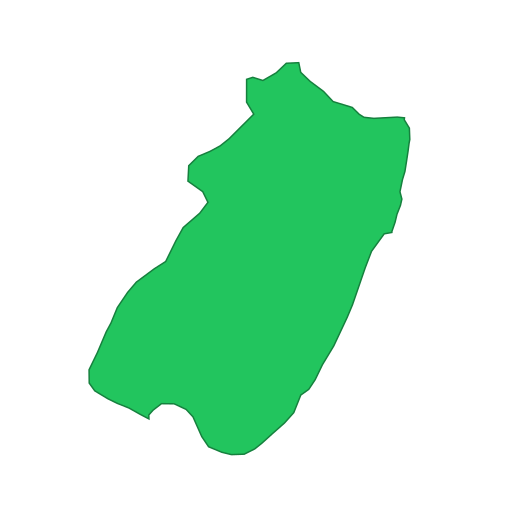 outline of Goychay District, Göyçay, Azerbaijan, rotated 109°
{"feature_id": "54616110B88730523237575", "entity_name": "Goychay District", "entity_type": "district", "adm_level": 2, "iso_a3": "AZE", "parent_name": "Azerbaijan", "parent_adm1": "Göyçay", "projection": "mercator", "projection_center": [47.853, 40.574], "detail": "fine", "context": "isolated", "style": "filled", "palette": "green", "viewbox_px": 512, "rotation_deg": 109, "n_neighbors": 0, "source": "geoboundaries", "source_scale": "gbopen_adm2", "svg_char_len": 1230}
<svg xmlns="http://www.w3.org/2000/svg" viewBox="0 0 512 512"><g transform="rotate(109 256 256)"><path d="M77.0,160.6L78.7,167.7L87.5,189.4L89.7,199.1L88.4,204.6L84.2,213.3L84.9,233.4L78.4,245.7L73.3,261.6L67.8,273.5L59.3,278.5L63.9,290.1L76.2,296.5L87.8,306.6L88.1,317.2L92.0,322.4L113.6,315.0L122.6,304.3L154.2,319.8L163.5,325.7L172.2,333.7L180.6,343.1L192.5,349.0L207.4,344.7L212.5,327.3L220.9,318.9L233.8,323.1L252.8,334.1L267.7,336.7L290.6,339.6L301.2,348.0L319.6,360.6L332.1,365.5L349.9,370.3L366.6,371.3L376.3,372.9L398.9,374.5L401.4,374.8L417.9,376.8L430.5,372.3L436.0,364.5L439.2,349.6L440.5,339.2L441.1,326.6L443.4,314.0L444.9,304.2L441.2,305.6L435.2,303.1L426.4,297.3L422.4,285.3L423.8,272.1L428.6,263.2L435.8,256.5L444.4,248.5L451.8,238.7L452.7,224.4L451.8,214.6L447.2,202.6L438.7,194.3L430.9,189.4L418.9,182.8L404.6,174.7L391.8,169.3L372.9,168.4L364.9,162.7L353.7,159.8L337.1,157.8L315.7,153.2L284.2,149.8L270.8,148.9L251.3,148.9L231.6,148.9L213.9,148.3L193.3,142.0L189.5,135.2L188.6,135.5L178.8,135.5L170.6,136.3L161.1,135.9L154.7,136.6L148.4,140.8L136.0,142.4L127.7,142.7L117.5,144.5L107.2,146.4L99.4,148.0L95.8,148.5L85.2,152.6L78.9,160.2L77.0,160.6Z" fill="#22c55e" stroke="#15803d" stroke-width="1.5"/></g></svg>